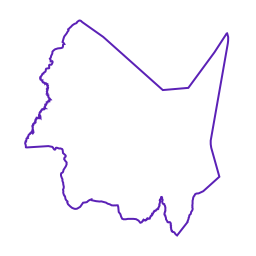 Chilubi, Northern, Zambia, rotated 178°
{"feature_id": "96606910B6838055437947", "entity_name": "Chilubi", "entity_type": "district", "adm_level": 2, "iso_a3": "ZMB", "parent_name": "Zambia", "parent_adm1": "Northern", "projection": "natural_earth1", "projection_center": [30.483, -11.09], "detail": "fine", "context": "isolated", "style": "outline", "palette": "violet", "viewbox_px": 256, "rotation_deg": 178, "n_neighbors": 0, "source": "geoboundaries", "source_scale": "gbopen_adm2", "svg_char_len": 5772}
<svg xmlns="http://www.w3.org/2000/svg" viewBox="0 0 256 256"><g transform="rotate(178 128 128)"><path d="M25.6,219.1L26.1,219.0L38.9,200.7L66.3,166.0L91.9,164.7L149.6,219.9L170.0,235.4L171.3,236.7L172.3,237.1L173.0,237.1L175.0,235.9L175.3,235.2L176.1,234.5L177.9,233.9L179.9,232.7L181.7,230.9L182.9,230.0L183.4,229.3L184.4,228.7L184.1,227.8L184.1,227.4L185.0,226.4L186.0,224.7L188.5,221.7L189.1,220.2L190.4,216.2L189.7,215.7L188.7,214.1L189.6,213.9L190.0,213.5L190.1,212.9L190.1,212.0L190.6,210.7L192.1,210.2L195.3,210.0L197.8,209.3L198.5,209.0L200.0,207.8L200.8,207.0L201.1,204.9L202.3,202.7L202.7,201.1L203.7,199.9L203.0,198.9L203.0,197.3L201.3,197.4L201.1,197.1L201.1,196.1L201.8,194.7L202.2,194.1L202.6,193.9L204.0,194.0L204.6,193.6L204.7,193.2L204.6,191.7L204.7,190.6L205.0,190.4L206.5,190.4L207.7,190.1L208.1,189.2L208.2,188.2L208.6,187.2L210.4,186.1L210.6,185.3L211.6,185.1L212.4,183.5L214.0,181.8L214.0,181.4L213.6,181.3L213.4,181.0L213.6,180.6L214.0,180.2L213.7,179.4L212.7,178.8L212.4,178.2L212.2,178.1L211.9,178.3L211.9,177.7L211.6,177.3L211.6,176.7L211.0,176.3L210.6,176.4L210.2,176.3L209.9,175.8L209.2,175.5L209.2,175.2L208.6,175.6L208.3,175.1L208.0,175.2L207.6,175.0L207.6,174.6L207.0,174.5L207.2,173.6L206.9,173.6L206.5,173.1L206.9,172.3L206.4,171.1L206.6,170.5L207.1,170.9L207.8,169.8L207.3,169.0L207.2,168.1L207.4,167.8L207.7,167.8L207.9,167.1L207.5,166.2L208.0,165.1L207.2,164.9L207.4,163.6L206.5,163.4L206.6,162.9L206.4,162.5L206.6,161.9L206.2,161.0L205.5,160.5L205.4,159.9L205.0,159.8L204.4,159.1L204.9,159.0L205.1,159.1L205.3,158.8L205.5,158.9L205.5,158.6L206.0,158.3L205.9,157.9L206.2,158.0L206.3,157.3L207.1,157.4L207.6,157.1L207.6,156.5L207.8,156.3L208.0,156.3L207.9,156.1L208.4,155.9L208.7,155.2L208.7,154.7L209.0,154.2L209.3,154.4L209.9,154.3L210.0,152.6L210.5,152.1L210.3,151.7L210.7,151.4L210.6,150.8L210.3,150.6L210.8,150.6L211.0,149.7L211.4,149.5L212.0,150.1L212.6,149.8L213.1,149.8L213.2,149.6L213.2,149.2L213.5,148.9L213.7,149.1L213.9,148.9L214.0,148.5L214.2,148.4L214.2,148.2L214.5,147.8L214.5,147.5L214.7,147.2L215.1,147.3L215.5,146.8L215.8,146.3L215.9,145.2L216.2,144.7L215.8,144.0L216.1,144.0L216.1,143.6L216.5,143.6L216.5,142.6L216.1,142.4L215.7,142.6L215.1,142.2L215.1,141.0L215.3,141.2L215.7,141.1L216.2,140.8L217.3,141.0L217.9,140.9L218.0,141.1L218.3,141.1L218.3,141.4L218.4,141.5L218.8,141.5L218.8,141.3L219.4,140.8L219.4,140.1L219.9,139.8L219.8,139.4L220.3,139.0L220.1,138.4L220.6,137.9L220.2,137.4L220.2,136.8L220.7,136.6L221.0,136.1L221.6,136.2L222.1,135.7L222.1,135.4L222.3,134.9L222.8,135.0L222.9,134.8L222.7,133.8L223.1,133.2L223.5,133.2L223.5,132.6L223.1,131.8L223.3,131.1L223.1,130.1L223.5,129.7L223.5,129.3L223.7,128.6L224.2,128.0L223.8,127.7L223.7,127.4L223.0,127.3L222.7,127.6L222.6,126.9L223.4,125.9L223.6,126.1L223.8,126.5L224.5,126.8L225.1,126.7L225.6,126.1L225.7,126.3L226.1,126.1L226.9,125.1L227.7,124.3L227.9,123.3L228.7,122.4L228.7,122.0L228.4,121.8L228.3,121.5L228.6,121.4L229.0,121.6L229.8,121.0L229.9,120.7L229.9,119.9L230.1,119.1L230.5,118.7L230.3,118.4L230.3,117.9L231.1,117.5L231.3,116.1L230.8,114.5L230.7,112.3L229.8,112.1L208.2,112.7L204.4,111.8L203.7,111.1L202.9,109.6L202.3,109.0L201.6,109.0L201.3,109.3L200.7,110.7L200.4,110.8L199.6,110.7L197.5,109.9L196.1,109.9L194.5,109.2L194.1,108.3L193.8,105.2L191.6,103.1L191.2,102.4L191.3,101.6L192.5,100.6L192.5,100.0L192.8,99.6L192.9,99.1L191.8,97.3L190.7,96.0L190.5,95.4L190.7,94.6L190.6,93.9L191.4,92.0L193.9,88.4L194.2,87.1L194.7,86.0L195.1,85.7L196.2,85.2L196.6,84.3L196.6,82.6L195.9,80.4L195.3,79.1L195.4,78.0L195.2,76.8L194.7,75.6L194.7,74.3L194.2,71.4L194.4,70.1L195.1,68.6L194.8,67.2L195.0,65.6L194.4,63.3L193.9,62.8L193.9,62.4L193.4,61.9L193.2,61.1L193.0,59.4L192.2,57.9L191.0,56.7L191.0,56.2L191.3,55.7L190.6,53.9L188.4,51.6L186.6,50.1L184.3,49.1L182.8,49.0L181.6,49.2L178.5,50.9L175.5,54.9L172.5,55.2L171.5,55.5L170.2,56.6L169.0,57.3L166.9,58.0L166.8,57.1L162.5,56.0L158.9,55.5L157.2,55.6L152.6,54.2L151.0,53.1L148.9,52.4L147.0,51.3L145.1,51.1L141.0,51.1L140.5,49.5L140.2,44.4L138.6,42.1L138.0,39.8L137.0,37.5L135.4,36.9L133.1,36.9L131.3,37.2L128.1,37.1L125.8,37.0L123.1,36.6L120.7,35.1L119.0,32.9L117.6,33.3L115.8,35.7L115.3,35.1L114.8,35.5L114.4,35.3L113.8,35.5L113.7,35.3L113.5,35.5L113.1,35.3L112.2,36.0L112.2,36.7L111.8,37.1L111.4,37.1L111.0,36.7L110.6,36.7L110.4,36.5L109.4,36.7L109.1,37.8L108.7,38.3L108.6,38.9L107.9,39.6L107.5,39.5L106.9,40.2L107.0,40.5L106.7,40.7L106.8,41.3L106.4,41.2L106.0,41.7L105.3,43.2L104.9,43.3L104.7,44.0L104.5,44.3L104.0,44.1L103.1,44.4L102.6,45.3L102.3,45.3L102.1,45.7L101.3,46.1L101.1,46.0L100.9,46.4L100.6,46.3L100.4,47.3L100.2,47.4L100.1,47.8L99.7,48.3L99.7,48.8L99.2,49.2L99.1,50.0L99.4,50.6L98.9,51.7L98.4,53.6L98.5,54.1L98.8,54.4L98.6,55.3L97.9,55.7L97.7,56.5L97.4,56.9L97.4,57.3L97.0,57.6L97.0,57.9L96.7,57.9L96.3,56.9L96.4,56.1L95.9,55.0L96.0,54.4L96.4,53.9L96.2,52.0L95.6,51.0L94.5,50.7L94.5,50.1L93.9,49.3L93.6,48.4L93.7,48.0L93.4,47.2L93.6,44.5L93.5,44.1L93.9,43.4L93.8,43.0L94.3,42.3L94.3,41.7L94.6,41.0L94.6,40.2L94.4,39.8L93.9,39.5L93.9,38.9L93.6,38.5L93.7,38.2L93.2,36.8L93.2,35.5L91.8,33.0L91.8,32.7L91.3,32.4L91.1,32.5L90.7,32.3L90.0,32.5L89.4,32.4L88.9,31.9L88.9,31.5L88.5,30.7L88.6,30.0L88.8,29.7L88.4,28.8L88.6,28.6L88.5,27.7L88.7,27.4L88.3,26.5L88.5,25.9L88.3,24.9L88.1,24.7L88.1,24.1L87.6,23.8L87.7,23.2L87.3,23.1L87.0,22.6L85.9,22.4L85.1,21.8L84.8,21.1L84.0,20.0L82.7,18.9L71.7,32.0L71.9,32.3L70.6,35.2L70.6,36.0L70.0,37.0L69.9,38.0L69.7,38.7L68.3,39.9L67.8,41.9L66.8,43.2L66.3,44.3L66.2,45.6L66.5,46.3L66.3,47.4L66.5,48.0L66.3,48.4L66.3,49.3L66.1,50.0L66.0,53.1L65.6,54.4L65.2,56.3L64.5,57.6L63.9,58.1L63.4,59.3L62.0,60.1L59.7,60.2L55.0,62.2L38.4,76.1L45.5,105.3L45.9,108.9L45.8,112.5L25.3,209.0L24.9,211.6L24.7,215.4L25.6,219.1Z" fill="none" stroke="#5b21b6" stroke-width="2"/></g></svg>